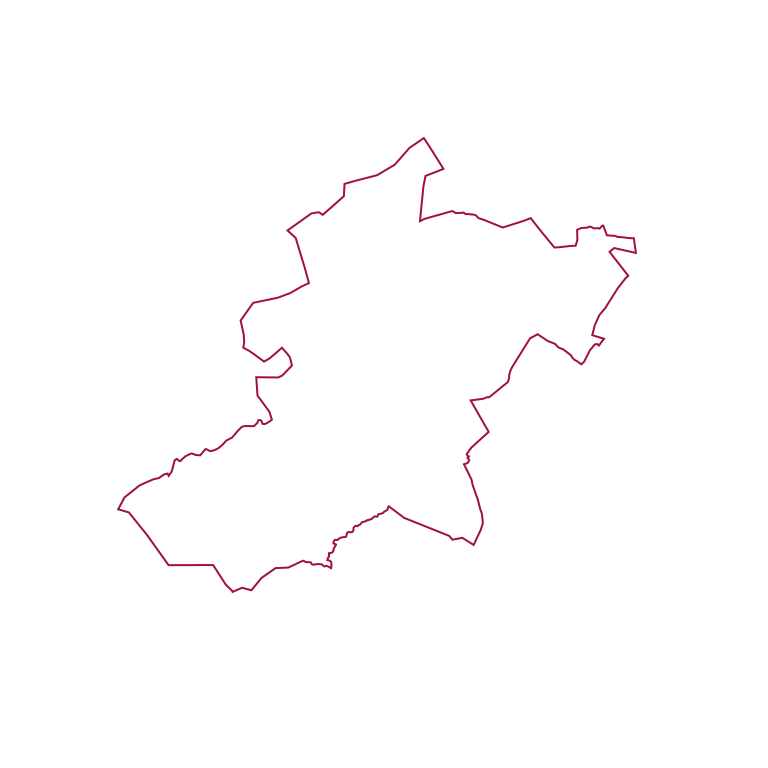 the district of Ingawa, Katsina, Nigeria, rotated 52°
{"feature_id": "59680162B27261417712833", "entity_name": "Ingawa", "entity_type": "district", "adm_level": 2, "iso_a3": "NGA", "parent_name": "Nigeria", "parent_adm1": "Katsina", "projection": "robinson", "projection_center": [8.123, 12.614], "detail": "fine", "context": "isolated", "style": "outline", "palette": "rose", "viewbox_px": 768, "rotation_deg": 52, "n_neighbors": 0, "source": "geoboundaries", "source_scale": "gbopen_adm2", "svg_char_len": 4160}
<svg xmlns="http://www.w3.org/2000/svg" viewBox="0 0 768 768"><g transform="rotate(52 384 384)"><path d="M435.8,104.8L422.9,97.4L420.9,100.0L418.3,102.6L415.1,105.8L411.9,109.4L409.5,110.7L408.9,111.4L404.1,116.8L394.3,113.7L393.6,114.4L394.2,117.8L394.1,118.7L392.7,119.7L390.7,122.7L387.0,124.5L385.5,128.3L382.7,132.2L381.4,136.9L389.4,142.8L393.0,147.8L389.2,153.4L384.4,161.3L381.3,165.7L361.5,166.2L343.6,166.3L342.2,171.1L341.5,173.3L333.8,194.1L315.9,204.4L311.4,207.5L308.7,207.6L307.1,208.0L305.1,209.7L302.1,212.9L300.2,215.2L299.3,215.3L299.0,215.4L298.4,215.6L298.0,215.7L297.7,215.9L297.5,216.2L297.4,216.8L293.5,222.2L291.6,222.9L289.7,223.8L278.8,250.5L277.8,255.4L252.5,231.2L245.6,223.2L251.1,204.7L225.9,202.1L214.7,201.2L213.6,218.5L217.8,240.5L215.2,260.9L207.0,279.7L202.0,291.9L211.3,300.0L213.0,328.0L208.5,329.6L204.9,336.2L203.6,365.5L214.6,363.7L243.1,374.7L258.2,381.0L256.5,388.4L254.6,402.0L250.6,414.6L239.5,437.1L245.7,457.9L258.5,464.0L265.2,468.6L268.7,472.5L274.7,469.9L280.4,468.1L292.5,464.7L293.4,458.1L292.6,442.1L301.3,441.6L305.4,441.8L312.8,445.2L314.7,459.2L313.6,463.5L300.0,480.5L315.2,490.8L335.2,491.4L343.1,494.3L343.1,495.7L342.7,500.5L342.1,502.7L340.7,504.2L339.1,503.8L337.7,503.3L336.1,503.8L335.2,505.3L336.7,507.9L337.1,512.5L331.5,519.5L330.2,522.3L330.9,528.1L332.7,536.6L331.5,543.1L332.5,549.1L332.6,554.3L331.8,558.2L330.6,561.0L329.6,562.5L327.2,563.6L325.9,564.1L325.4,565.0L326.3,569.3L327.1,572.7L324.1,576.0L320.4,578.2L319.8,579.7L318.7,585.0L319.0,589.6L319.4,591.7L319.1,592.5L315.5,593.4L315.2,595.2L315.7,596.5L322.2,605.0L323.1,607.9L323.8,610.2L321.3,609.7L319.8,613.1L319.5,619.4L317.3,623.9L316.2,627.8L315.1,632.0L313.4,639.2L313.6,658.3L319.1,670.6L328.1,664.1L355.3,663.7L355.6,663.7L357.4,663.7L394.1,665.3L421.5,630.1L444.5,632.2L453.5,631.0L454.6,631.3L457.2,621.3L464.9,615.5L461.4,599.9L462.3,582.8L469.7,572.5L472.9,558.6L473.2,557.1L473.8,556.2L474.9,555.8L475.8,555.5L476.5,554.8L477.4,553.9L478.4,552.6L479.6,551.5L481.5,551.9L482.3,551.6L483.6,549.8L484.5,547.9L485.6,546.5L486.9,544.9L488.2,544.0L489.9,543.6L490.7,543.5L491.3,543.0L491.5,541.9L491.8,541.3L492.7,540.8L493.8,540.2L496.5,539.2L495.6,537.9L493.7,536.5L492.4,535.6L491.4,535.2L490.1,535.4L489.1,536.1L488.0,537.1L487.0,535.9L486.2,534.6L486.1,533.4L485.3,532.9L484.5,532.4L483.8,532.0L483.4,531.3L484.3,530.5L484.6,529.5L484.8,528.5L484.7,527.5L484.2,526.6L483.9,525.9L483.1,525.3L482.6,524.6L482.2,523.6L481.9,522.5L481.4,521.6L481.3,520.9L480.6,520.7L480.0,521.0L479.3,521.6L478.6,521.9L478.0,521.7L477.6,521.4L477.2,520.3L476.8,519.6L476.6,518.8L477.1,517.9L477.7,517.4L478.2,516.9L478.2,515.9L478.1,514.4L478.3,513.3L478.9,512.1L479.1,511.0L479.8,510.2L480.3,509.5L480.7,508.6L480.9,507.7L480.4,506.9L479.7,506.4L479.2,505.4L478.6,504.5L478.6,503.6L478.9,502.9L479.5,502.4L480.2,501.7L480.8,500.9L481.1,500.0L480.9,499.2L480.6,498.4L480.0,497.7L479.4,497.3L478.7,496.7L478.3,495.7L478.2,495.1L478.2,494.0L478.4,493.4L478.8,492.9L479.5,492.8L479.8,492.1L479.7,490.4L480.0,489.2L479.6,487.5L479.4,486.2L480.1,484.7L481.0,482.6L480.7,481.4L481.6,480.4L481.9,478.9L482.8,477.1L482.6,475.9L482.6,474.3L482.7,472.5L484.3,471.3L484.1,470.0L483.2,468.8L484.6,465.6L485.1,464.0L484.7,462.5L485.1,460.5L485.3,458.8L484.6,457.9L483.9,457.0L483.4,455.5L502.0,450.5L543.7,426.2L548.8,425.9L553.4,417.0L566.0,412.4L558.5,397.6L554.6,391.8L546.5,386.7L541.8,385.2L533.3,381.4L518.8,376.6L512.9,373.8L504.5,372.0L496.5,370.4L497.3,368.2L497.5,367.2L497.6,365.9L496.5,363.7L494.7,363.5L493.7,363.7L493.3,361.7L492.5,362.2L491.6,362.3L491.0,362.1L490.2,362.0L487.9,354.4L486.2,331.0L450.3,325.8L456.8,314.8L457.7,311.3L459.2,309.3L458.7,285.2L456.5,281.9L453.8,279.6L451.1,275.8L449.6,272.7L437.9,240.7L439.4,232.3L451.1,228.4L457.7,224.5L462.8,224.0L467.1,221.4L476.5,219.0L479.4,219.4L480.9,219.2L482.3,219.0L485.1,217.7L487.6,217.1L490.0,216.4L489.7,212.7L484.2,201.0L482.6,193.6L483.7,191.4L486.0,191.0L484.7,186.3L483.8,182.8L473.8,189.8L467.6,182.0L462.2,171.7L460.5,163.3L452.4,140.7L449.3,128.2L449.2,126.3L449.1,124.9L418.7,124.9L418.6,118.9L435.8,104.8Z" fill="none" stroke="#9f1239" stroke-width="2"/></g></svg>